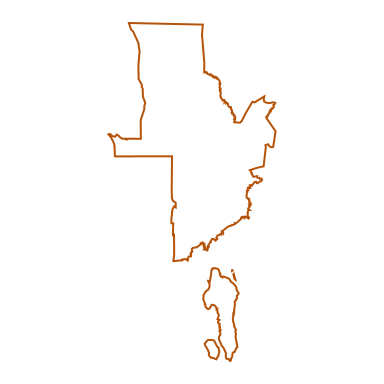 outline of Davao del Norte, Davao del Norte, Philippines
{"feature_id": "2640588B4700873759555", "entity_name": "Davao del Norte", "entity_type": "district", "adm_level": 2, "iso_a3": "PHL", "parent_name": "Philippines", "parent_adm1": "Davao del Norte", "projection": "natural_earth1", "projection_center": [125.731, 7.448], "detail": "fine", "context": "isolated", "style": "outline", "palette": "amber", "viewbox_px": 384, "rotation_deg": 0, "n_neighbors": 0, "source": "geoboundaries", "source_scale": "gbopen_adm2", "svg_char_len": 6034}
<svg xmlns="http://www.w3.org/2000/svg" viewBox="0 0 384 384"><path d="M128.9,23.0L130.8,28.8L131.6,30.2L133.0,31.2L138.3,42.8L139.6,51.5L138.4,65.3L138.6,79.0L141.4,83.9L141.9,85.9L141.7,86.6L142.7,88.8L142.9,96.8L145.2,102.6L145.2,103.6L144.3,105.8L144.3,109.2L140.7,120.1L140.8,138.8L126.5,138.7L126.8,139.4L125.9,139.4L125.6,138.8L122.2,138.7L119.6,137.0L119.0,136.0L117.4,134.8L116.4,134.7L115.3,136.7L112.7,136.3L110.0,133.9L108.4,134.4L110.6,136.8L113.2,141.5L114.5,145.2L114.9,156.4L172.0,156.3L171.7,191.0L172.0,198.7L173.0,200.8L175.7,202.9L175.7,207.4L174.1,206.3L172.7,209.0L172.0,212.0L172.0,214.8L171.4,217.9L171.4,223.2L173.2,223.3L172.9,235.1L174.0,234.7L174.2,254.5L173.4,261.1L182.3,260.3L182.2,259.6L184.2,259.1L185.8,259.2L187.7,260.6L188.1,259.6L187.7,258.4L188.9,256.5L190.9,256.4L190.7,255.8L191.1,255.2L190.6,254.1L191.0,253.9L190.9,252.6L191.6,252.4L191.7,251.6L192.2,251.5L191.8,249.0L192.8,247.9L196.7,247.3L201.1,244.1L200.7,243.2L202.6,242.4L203.3,242.7L203.3,243.6L204.4,244.1L203.5,244.9L204.1,245.5L203.6,246.2L204.6,248.5L204.0,249.4L204.7,249.5L205.2,248.3L205.5,249.6L206.1,249.5L206.7,250.4L207.3,250.5L207.8,248.2L208.8,246.9L208.8,246.3L208.3,246.1L207.5,247.1L207.6,246.4L209.7,243.1L210.0,243.4L209.8,243.0L210.2,242.2L210.5,242.2L210.2,242.1L210.6,242.1L210.4,241.6L212.2,238.9L213.4,239.0L214.9,240.1L215.9,239.5L216.0,240.1L216.5,239.5L216.2,239.3L216.3,239.2L217.2,238.8L216.3,237.7L217.5,235.5L218.8,235.2L220.0,234.2L220.8,234.0L221.2,234.6L221.8,234.0L221.8,231.9L222.7,232.9L222.6,232.1L223.0,232.2L222.7,231.2L224.1,229.7L228.2,226.5L231.2,225.6L231.9,224.8L232.6,225.1L234.7,224.2L234.7,223.3L235.2,223.6L236.9,222.6L241.7,218.3L242.2,217.2L241.6,217.2L241.8,216.9L243.8,216.9L243.7,217.6L244.3,218.1L244.5,216.6L245.0,216.5L248.6,218.5L249.1,217.8L248.7,217.0L247.4,216.1L247.9,214.2L247.5,213.4L248.3,210.1L249.6,210.0L248.2,209.0L248.1,208.5L249.2,207.2L249.2,205.8L249.7,206.3L249.9,205.6L250.7,205.2L250.8,204.3L250.6,203.3L249.5,203.5L250.1,202.5L249.1,201.7L249.5,200.7L249.0,199.8L249.3,199.1L248.6,198.5L247.8,198.7L246.5,197.3L246.9,192.3L247.4,191.8L246.9,190.9L248.2,190.3L247.6,189.4L247.8,187.8L248.2,187.4L249.0,188.2L250.4,187.9L249.8,185.2L251.3,185.0L252.0,185.6L254.4,182.2L256.2,181.7L256.7,183.1L257.8,183.1L259.6,181.7L261.0,181.2L262.1,179.9L261.4,178.5L259.8,179.0L259.1,177.8L257.6,177.8L256.9,176.9L257.0,176.2L253.3,176.8L252.4,175.2L252.1,173.4L251.5,173.5L250.9,171.0L249.9,170.2L257.0,167.8L263.6,166.3L265.8,147.4L265.5,145.0L268.1,144.3L269.4,146.2L271.2,147.2L273.2,146.9L275.6,131.3L266.2,117.7L266.3,116.9L267.5,116.6L267.4,115.5L267.9,115.5L268.4,114.8L268.4,114.0L269.8,112.6L269.5,111.6L270.0,111.2L270.5,111.7L270.8,111.5L270.4,110.2L271.0,110.3L271.6,109.5L271.4,108.6L272.1,108.2L272.4,108.6L273.7,107.4L273.8,105.8L273.3,105.2L274.4,104.4L275.2,102.8L272.8,102.3L269.3,103.2L266.2,102.6L264.2,101.6L263.7,99.2L264.3,96.4L254.6,102.4L252.4,101.8L245.9,112.8L241.8,121.0L239.9,122.7L234.2,122.2L234.6,121.1L234.1,119.4L235.1,119.4L235.2,117.9L234.6,118.2L234.9,117.4L234.4,116.3L234.6,115.7L233.7,115.6L233.8,114.4L233.4,113.9L232.5,113.9L232.5,113.0L231.1,113.5L231.7,112.9L232.0,111.6L231.8,109.7L231.4,109.5L231.4,109.9L230.9,109.2L230.9,107.1L229.3,107.1L227.9,105.1L227.8,103.4L226.5,102.9L226.1,103.2L226.1,102.2L225.4,101.5L224.7,102.1L224.9,101.2L224.3,100.9L224.3,100.3L223.9,100.5L223.1,99.9L222.5,100.3L222.3,99.3L220.8,97.8L220.9,96.8L220.2,95.9L220.8,93.5L220.5,91.7L219.9,91.3L220.0,90.2L220.4,90.2L220.6,89.3L219.8,89.3L220.2,87.9L219.5,87.2L220.1,84.6L219.5,84.2L219.7,83.5L220.2,83.3L219.3,80.3L217.7,78.8L217.1,78.7L217.4,78.1L215.7,76.7L215.1,76.7L214.9,77.8L214.3,77.7L212.8,76.8L213.0,76.0L212.2,75.9L212.2,75.4L210.9,75.3L211.7,74.3L211.2,74.7L210.7,74.2L208.7,74.4L207.5,73.8L207.2,72.9L206.7,73.2L205.7,72.5L205.7,72.1L205.2,72.3L204.8,71.9L204.2,72.2L204.3,62.6L202.0,34.8L202.8,24.6L128.9,23.0ZM218.0,269.0L214.9,268.1L214.5,268.4L213.5,268.3L213.0,268.7L212.7,268.5L212.2,269.4L211.9,269.3L211.3,271.2L211.0,275.9L210.3,277.4L210.4,279.1L209.6,281.9L209.5,286.8L209.2,287.5L208.8,287.5L209.1,287.6L208.5,289.1L207.5,290.3L206.0,291.1L203.5,295.2L203.4,299.8L205.0,303.6L204.9,304.3L205.3,304.4L205.5,306.7L207.6,309.0L208.4,309.1L209.7,308.3L211.6,304.9L212.3,304.9L212.4,305.5L212.3,304.9L213.9,305.1L215.2,306.0L215.1,306.6L215.3,306.2L216.2,307.2L216.5,309.0L216.5,309.4L216.8,309.3L216.6,309.6L217.3,310.1L217.6,312.9L218.3,313.7L218.8,315.3L217.7,318.7L218.4,319.7L218.6,319.4L219.0,319.5L218.5,319.6L218.9,319.8L218.6,319.9L218.9,320.7L218.0,321.6L218.0,322.3L218.6,323.6L219.7,324.0L219.4,325.4L220.0,326.4L220.0,327.3L219.5,327.3L219.8,328.3L219.6,328.9L220.1,330.1L219.8,330.1L220.1,330.1L219.7,330.6L220.0,330.6L220.4,334.6L219.2,336.3L218.9,339.2L221.8,345.8L223.4,347.6L225.9,353.0L225.8,356.9L226.2,358.3L226.7,358.8L228.3,358.9L229.4,359.7L229.5,360.7L230.2,361.0L230.9,360.4L231.2,358.2L232.1,357.1L232.6,352.9L233.5,352.2L234.6,352.0L236.1,348.3L237.4,347.1L235.5,336.3L236.0,334.0L235.3,331.1L236.0,329.9L234.3,326.6L234.0,325.6L234.3,324.8L233.2,321.9L232.8,318.6L233.3,316.8L233.2,315.5L233.8,314.8L233.3,314.2L233.8,313.7L233.4,312.9L234.4,311.9L234.0,310.9L234.9,305.1L234.7,301.4L235.8,300.6L236.0,299.2L237.1,298.4L236.8,295.9L238.6,293.7L238.5,292.8L237.1,290.8L236.4,289.1L236.5,287.9L235.7,286.2L233.0,283.1L231.2,282.0L229.0,278.6L223.5,276.5L222.6,276.7L222.5,277.4L221.3,277.0L220.1,275.2L220.5,274.5L220.3,273.7L219.9,273.7L218.8,270.0L218.0,269.0ZM212.6,340.0L208.2,339.9L206.9,340.9L204.7,343.8L205.0,345.0L208.2,350.6L209.1,353.0L208.7,354.4L209.6,356.4L211.4,357.9L212.9,357.9L216.4,359.3L217.4,357.1L218.6,355.8L218.5,354.3L219.4,352.0L218.4,347.4L217.7,347.2L216.9,346.1L214.2,340.6L212.6,340.0L212.7,339.7L212.6,340.0ZM233.7,273.9L233.3,274.5L233.9,275.9L233.9,277.1L234.8,279.3L235.4,279.7L233.7,273.9ZM232.0,269.4L232.0,270.5L232.1,270.4L232.4,270.7L232.6,270.6L232.0,269.4ZM208.3,279.9L208.0,280.8L208.1,281.0L208.3,279.9Z" fill="none" stroke="#b45309" stroke-width="2"/></svg>